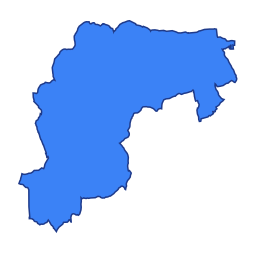 Varbilau, Prahova, Romania (Robinson projection), rotated 273°
{"feature_id": "2599482B35718345060420", "entity_name": "Varbilau", "entity_type": "district", "adm_level": 2, "iso_a3": "ROU", "parent_name": "Romania", "parent_adm1": "Prahova", "projection": "robinson", "projection_center": [25.962, 45.161], "detail": "fine", "context": "isolated", "style": "filled", "palette": "blue", "viewbox_px": 256, "rotation_deg": 273, "n_neighbors": 0, "source": "geoboundaries", "source_scale": "gbopen_adm2", "svg_char_len": 5813}
<svg xmlns="http://www.w3.org/2000/svg" viewBox="0 0 256 256"><g transform="rotate(273 128 128)"><path d="M231.3,211.1L231.6,209.1L231.3,208.4L231.1,204.7L230.4,199.1L228.8,195.0L228.6,193.8L227.8,192.8L227.2,191.6L226.1,184.3L225.9,183.4L226.2,183.3L226.0,182.6L226.8,180.6L226.8,180.2L225.7,175.9L225.6,173.1L226.5,171.0L227.5,167.1L226.6,161.4L227.3,158.6L227.1,158.5L227.2,157.4L226.7,153.9L227.1,152.7L227.4,149.8L227.1,146.9L226.5,145.7L226.0,145.5L227.0,144.9L228.9,142.1L230.3,137.9L229.6,137.4L230.8,134.8L231.3,131.3L231.8,130.3L232.5,130.2L235.2,123.9L234.8,122.0L233.4,119.0L232.9,117.4L230.9,114.3L230.4,114.2L229.7,113.5L228.1,112.6L226.3,110.7L225.4,110.6L223.9,109.3L224.4,108.6L223.7,108.5L226.5,107.4L226.6,105.9L227.3,105.5L227.5,104.7L228.3,104.5L229.2,103.3L229.7,102.0L230.1,100.1L230.8,98.6L230.8,98.2L230.5,97.9L230.8,97.5L230.7,97.3L230.2,97.0L229.9,96.5L229.2,96.0L228.5,95.0L229.2,93.9L229.8,92.1L229.7,90.4L230.2,89.6L231.1,89.0L231.3,88.6L231.3,88.0L230.9,86.6L230.2,85.9L230.1,84.8L231.3,83.8L232.0,83.6L231.9,80.8L231.5,79.5L230.8,78.3L227.1,74.0L224.9,72.8L222.7,72.4L219.8,71.0L219.7,70.7L218.2,70.2L217.3,69.6L216.2,69.5L213.1,69.9L211.3,70.5L208.2,70.9L206.9,70.5L204.5,69.0L203.7,68.2L203.8,67.1L203.5,66.1L203.6,64.8L203.2,62.5L203.5,61.4L203.5,60.6L203.4,59.8L202.7,58.4L200.7,56.3L198.1,55.5L197.7,54.9L195.8,53.5L193.2,51.2L189.5,50.7L185.2,49.4L184.2,49.2L178.7,50.1L177.1,50.5L175.7,50.5L172.0,52.3L172.4,51.4L171.2,49.6L169.3,48.0L168.9,47.1L168.9,45.6L169.3,43.0L168.2,42.3L167.7,40.9L166.4,38.4L163.0,36.5L161.4,36.1L159.3,36.0L158.4,35.7L157.6,34.5L158.0,33.4L158.0,31.4L153.7,31.8L150.6,32.8L149.6,32.6L145.1,37.5L144.3,37.5L143.7,37.7L141.8,40.1L141.1,40.6L139.3,40.9L137.1,40.7L137.7,39.7L135.4,39.4L134.2,38.8L133.8,38.2L132.8,38.1L131.5,37.5L130.5,36.0L127.7,35.3L127.0,35.8L125.7,36.1L124.5,36.9L121.9,37.4L120.7,38.0L119.0,38.5L119.0,39.0L117.6,39.3L117.4,39.6L114.5,40.5L112.0,41.5L111.2,42.2L106.8,44.1L106.7,44.4L101.9,46.3L99.3,47.5L98.5,47.7L98.4,47.1L96.0,48.2L94.5,48.5L95.2,49.6L94.0,49.8L93.8,50.1L88.6,47.4L87.2,46.9L84.7,46.5L83.0,45.9L83.6,43.9L81.1,41.0L80.7,36.5L78.9,34.9L77.8,33.2L77.6,31.2L77.0,30.1L76.3,27.6L76.4,25.5L76.8,24.5L74.4,24.1L72.2,23.5L70.3,23.3L69.6,22.8L66.8,22.0L66.2,23.7L66.1,25.7L65.8,26.4L64.7,27.4L63.5,28.8L63.3,29.2L63.3,30.8L63.1,31.1L61.1,32.2L44.0,33.2L33.6,34.6L33.6,34.1L32.3,34.2L32.4,35.3L32.2,37.2L31.9,37.5L31.5,38.4L30.2,39.2L29.7,40.1L29.6,41.5L29.0,42.4L28.0,42.7L27.6,43.7L26.7,45.0L27.5,46.2L27.4,47.3L27.7,49.0L29.0,50.6L29.4,51.9L31.9,53.2L29.4,55.1L29.0,55.2L27.1,56.5L26.7,56.9L26.5,57.5L24.8,58.8L24.0,58.9L23.9,59.3L20.8,61.9L22.7,62.6L24.8,63.9L25.4,64.3L28.6,67.9L30.4,68.5L30.8,72.3L31.5,73.1L32.9,73.6L33.3,74.5L31.2,75.9L31.2,76.2L35.7,75.6L37.9,76.0L39.1,76.8L39.5,77.8L39.4,78.5L39.2,79.4L38.4,80.8L38.8,82.1L38.2,82.8L38.5,83.3L39.7,84.3L43.7,85.3L46.4,85.4L49.6,85.0L52.4,85.2L55.8,84.8L55.2,85.4L55.1,86.2L55.9,87.5L55.6,88.3L55.4,89.9L55.9,90.9L55.7,92.3L56.2,94.4L56.7,99.0L58.1,101.4L58.0,101.7L58.2,102.2L58.0,103.0L58.0,103.7L57.3,104.3L56.7,105.9L56.9,107.2L56.8,107.9L58.0,109.7L57.8,110.3L58.2,111.6L59.1,113.3L59.1,114.0L61.8,117.3L63.4,118.5L65.2,120.5L66.4,121.5L67.4,121.8L68.7,123.6L69.5,124.2L69.4,124.7L69.6,125.2L69.2,126.5L67.9,127.7L66.8,128.1L66.4,128.8L68.6,129.1L70.0,129.6L72.0,129.2L73.1,129.4L75.5,130.3L76.8,131.4L79.1,132.8L81.2,133.0L82.5,133.5L83.1,133.5L83.7,133.3L84.6,132.4L85.6,131.7L85.2,130.7L86.2,130.3L90.0,129.6L91.5,129.7L92.9,130.1L95.0,129.8L98.5,129.9L100.9,129.3L102.6,128.5L105.7,125.9L108.1,124.6L108.9,123.6L110.0,122.9L112.4,120.4L112.8,121.2L114.5,122.7L115.3,124.0L117.3,125.4L118.2,127.3L119.0,128.6L120.7,129.5L121.9,129.6L122.8,129.5L124.0,128.9L125.5,127.9L128.8,129.6L129.8,129.8L133.0,129.8L137.0,130.6L137.8,131.3L139.0,131.4L140.1,132.2L142.8,133.0L143.3,134.0L143.6,136.7L144.4,137.9L146.4,139.9L148.3,140.5L149.8,141.7L150.0,142.4L150.3,145.4L150.0,146.3L150.0,149.0L148.7,152.4L146.4,154.9L146.3,155.3L146.4,156.0L146.7,156.4L148.0,156.9L148.5,157.5L149.2,159.2L148.9,160.6L152.5,160.6L154.4,160.8L158.0,162.2L159.1,164.5L159.6,167.8L161.6,171.2L161.8,171.9L162.2,172.7L162.2,173.5L164.1,175.3L165.1,176.9L165.1,177.9L164.5,179.2L164.4,179.8L165.6,182.3L166.0,184.2L166.9,186.8L167.4,187.8L167.8,189.4L169.3,190.9L168.6,191.5L167.3,191.8L167.0,191.6L166.5,192.0L164.5,192.5L163.4,192.6L159.5,193.7L158.4,194.2L158.6,194.7L159.0,196.0L156.9,196.8L155.3,197.8L152.8,197.5L151.7,196.7L151.3,196.7L151.3,196.3L150.9,196.3L149.5,195.9L145.6,196.6L142.9,197.9L140.2,198.2L138.3,198.9L138.5,200.2L138.7,200.4L141.0,200.5L143.3,207.3L144.7,208.4L144.7,208.8L144.4,209.6L145.6,210.8L146.1,211.9L146.7,211.9L147.1,212.5L148.8,211.9L148.8,212.4L148.2,212.7L148.8,214.0L149.1,214.3L150.0,214.1L151.2,215.1L151.8,215.8L152.4,215.2L153.6,214.8L154.3,216.0L155.9,217.9L158.0,218.9L160.1,221.4L161.5,222.4L161.6,221.8L162.3,219.9L165.1,217.2L166.2,216.5L167.0,216.5L168.7,215.8L170.2,214.7L171.0,213.9L174.6,212.7L176.7,212.7L176.2,213.3L174.3,214.7L174.0,215.3L174.6,218.2L175.4,220.8L177.6,223.7L178.1,225.7L179.4,227.0L180.8,228.8L180.4,230.1L179.2,231.8L179.1,232.5L181.1,233.7L182.5,234.0L183.5,233.9L184.4,233.3L186.3,233.1L187.7,231.9L191.4,230.4L194.0,228.3L195.0,228.0L198.9,225.4L201.7,224.1L203.9,221.7L205.5,220.6L206.2,220.4L208.2,220.4L209.3,219.8L210.1,218.8L211.6,218.0L211.5,219.1L211.7,219.4L212.0,219.4L212.3,220.3L212.2,221.1L213.2,222.1L213.7,223.4L214.9,224.5L214.9,224.9L213.5,224.9L212.9,225.1L214.0,225.9L216.0,226.0L216.1,226.4L215.5,226.6L212.2,226.4L212.4,229.1L216.2,228.5L216.0,229.1L216.2,230.1L220.4,230.0L220.7,227.5L220.6,226.1L220.0,224.2L220.0,222.3L220.3,221.8L221.4,221.0L222.2,220.0L222.4,218.1L223.7,215.4L223.3,212.8L224.8,212.2L231.3,211.1Z" fill="#3b82f6" stroke="#1e3a8a" stroke-width="1.5"/></g></svg>